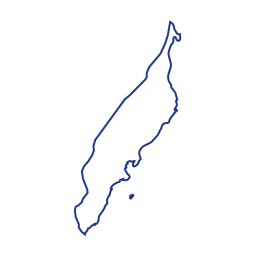 SVG path tracing the border of Bushehr, rotated 244°
{"feature_id": "IRN-3210", "entity_name": "Bushehr", "entity_type": "Province", "adm_level": 1, "iso_a3": "IRN", "parent_name": "Iran", "parent_adm1": "", "projection": "mercator", "projection_center": [51.169, 28.786], "detail": "fine", "context": "isolated", "style": "outline", "palette": "blue", "viewbox_px": 256, "rotation_deg": 244, "n_neighbors": 0, "source": "natural_earth", "source_scale": "10m", "svg_char_len": 2622}
<svg xmlns="http://www.w3.org/2000/svg" viewBox="0 0 256 256"><g transform="rotate(244 128 128)"><path d="M189.4,215.9L185.4,214.1L184.3,212.9L184.2,211.7L184.7,210.9L185.6,210.6L186.7,210.4L187.7,210.5L188.8,210.4L189.4,209.8L189.0,208.4L188.1,207.7L186.0,206.8L185.2,206.2L184.8,205.5L184.0,203.5L183.6,202.9L179.6,198.8L177.9,197.5L176.0,196.6L166.6,194.6L164.6,193.6L158.4,187.8L156.5,186.5L154.3,185.6L151.8,185.2L148.2,185.7L147.3,185.4L146.4,184.8L144.5,184.9L142.4,185.4L139.2,186.0L137.1,185.7L132.5,184.8L131.9,184.6L131.6,184.2L131.6,183.6L131.4,183.2L131.1,182.9L129.5,182.7L127.2,182.0L126.1,180.8L124.9,178.7L123.7,177.9L123.2,179.6L122.2,179.7L121.1,176.1L120.1,174.6L119.3,172.5L117.3,169.2L116.4,168.4L115.3,167.3L115.1,166.1L116.2,162.8L116.1,161.3L115.1,159.5L113.2,157.8L112.6,157.0L110.7,154.2L109.0,152.3L108.6,151.7L105.4,143.7L105.0,141.9L104.9,134.2L104.2,131.6L103.1,129.4L101.7,127.8L100.0,126.8L97.8,126.3L95.7,126.1L94.6,125.9L94.2,125.2L93.8,124.0L91.3,120.9L90.9,119.8L90.6,118.1L90.8,116.6L91.8,116.0L92.9,116.3L93.9,117.2L94.8,118.3L95.3,119.3L95.8,118.8L95.8,118.4L95.5,117.9L95.6,117.2L96.0,116.8L97.0,115.8L97.4,115.2L97.6,113.9L97.5,112.5L96.9,111.6L96.0,111.9L95.5,110.1L95.2,109.5L94.5,109.0L94.2,109.0L93.7,109.3L93.3,109.4L93.1,109.2L93.0,108.1L92.9,107.6L92.7,107.3L91.5,107.1L87.4,107.3L86.4,107.5L85.0,108.3L83.6,108.2L82.4,107.1L81.9,105.5L81.8,104.0L82.0,103.3L82.5,102.5L82.8,101.7L83.2,100.7L83.6,100.3L84.4,101.1L84.7,98.7L84.8,98.3L84.3,98.1L84.0,97.7L83.3,96.6L83.7,95.1L83.7,92.7L83.4,90.3L83.0,88.7L82.3,87.5L81.3,86.0L80.5,85.7L80.5,87.5L80.2,86.8L78.7,84.5L75.9,82.2L75.4,81.5L75.1,80.4L74.2,79.3L72.5,77.5L69.4,76.3L68.9,75.6L68.6,74.4L67.8,73.3L66.4,71.7L65.0,69.7L62.6,65.3L61.4,63.4L60.4,62.5L58.2,61.2L56.2,59.1L56.0,58.8L55.8,58.1L55.8,57.0L55.6,56.3L56.4,56.2L56.6,55.9L56.3,55.4L55.6,55.1L56.2,53.0L54.9,49.6L55.3,48.0L54.5,47.4L53.7,46.3L53.0,45.1L52.7,44.1L52.4,43.4L51.6,42.9L51.2,42.7L54.6,41.0L60.0,40.1L63.0,41.6L71.1,42.0L77.3,44.2L79.3,45.7L80.2,46.5L80.2,49.7L81.6,54.0L84.2,56.7L87.4,63.2L90.4,64.4L102.1,65.3L109.3,67.6L112.8,71.5L115.6,78.0L119.3,83.9L122.7,87.5L126.9,89.0L131.6,93.3L155.2,137.8L156.4,143.2L164.1,165.1L165.4,167.2L167.8,168.1L169.5,169.2L173.5,173.8L180.6,189.8L187.6,198.4L194.3,204.8L204.8,212.3L202.5,213.7L201.8,213.9L199.4,213.8L196.8,213.1L195.9,213.1L192.5,213.4L191.9,213.4L190.8,213.9L190.6,213.9L190.3,214.2L189.4,215.9ZM64.6,99.4L65.6,99.9L66.1,100.2L65.9,101.2L66.1,102.3L65.7,103.2L65.2,103.3L64.7,102.8L64.1,101.5L63.8,100.3L63.4,99.6L64.1,99.2L64.6,99.4Z" fill="none" stroke="#1e3a8a" stroke-width="2"/></g></svg>